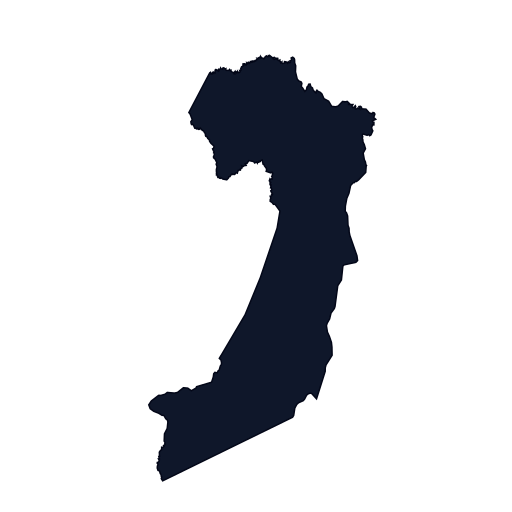 outline of Kaputa, Northern, Zambia, rotated 164°
{"feature_id": "96606910B91372429992286", "entity_name": "Kaputa", "entity_type": "district", "adm_level": 2, "iso_a3": "ZMB", "parent_name": "Zambia", "parent_adm1": "Northern", "projection": "equal_earth", "projection_center": [29.552, -8.814], "detail": "fine", "context": "isolated", "style": "filled", "palette": "ink", "viewbox_px": 512, "rotation_deg": 164, "n_neighbors": 0, "source": "geoboundaries", "source_scale": "gbopen_adm2", "svg_char_len": 6141}
<svg xmlns="http://www.w3.org/2000/svg" viewBox="0 0 512 512"><g transform="rotate(164 256 256)"><path d="M102.9,361.0L104.0,361.7L104.9,360.8L107.5,362.1L109.8,366.9L113.8,368.3L113.6,370.0L114.3,371.1L115.9,371.3L115.7,368.6L117.4,370.2L119.1,369.6L119.9,369.9L120.1,370.9L119.0,371.9L119.1,373.1L121.4,371.8L122.2,372.0L122.5,373.6L121.1,374.9L125.3,376.1L125.2,376.6L124.1,376.7L125.7,379.5L129.2,379.7L128.5,380.0L130.2,380.7L135.7,377.5L138.3,377.5L142.0,379.0L143.5,384.8L147.3,388.5L148.0,393.7L149.1,395.6L151.0,397.2L151.7,398.6L152.9,397.6L153.4,396.3L154.2,397.0L155.4,400.1L155.4,402.0L156.6,403.6L156.6,406.4L158.0,406.6L159.2,405.0L160.4,404.4L161.7,401.9L163.7,400.7L165.0,405.0L165.8,406.4L164.3,409.3L164.6,410.9L166.6,412.5L167.6,414.7L167.3,422.1L165.4,427.9L165.6,430.9L164.8,434.0L164.8,435.4L165.9,437.0L167.6,436.7L167.8,434.9L168.4,434.2L169.7,434.2L169.7,432.6L171.0,432.7L171.4,433.7L172.6,432.6L173.0,433.9L174.5,433.7L174.1,434.6L175.0,435.0L175.7,433.5L177.6,433.8L178.0,434.2L177.6,435.5L179.0,434.9L179.0,436.3L179.5,436.7L179.1,437.8L180.2,437.6L181.0,438.5L180.6,440.0L181.5,440.4L182.2,439.7L183.1,441.2L183.6,440.0L184.4,439.9L185.2,440.9L184.4,441.9L185.5,442.0L187.3,444.6L188.2,444.4L188.2,444.9L188.7,444.5L189.0,445.0L189.4,444.4L190.2,444.5L190.8,445.5L192.1,445.1L193.7,443.4L194.4,443.5L194.8,444.4L195.8,444.4L196.3,445.8L196.7,445.3L196.8,446.4L197.4,445.5L197.8,446.0L199.0,445.8L199.2,445.0L200.3,445.6L200.1,445.0L200.7,444.5L201.4,444.8L202.6,443.6L203.3,444.1L204.1,443.3L205.0,443.5L204.9,444.2L205.9,444.5L206.4,444.4L206.5,443.6L207.5,444.3L207.6,443.6L208.4,443.9L208.7,443.4L209.4,443.9L209.6,443.4L210.1,444.3L210.9,443.6L211.3,444.0L211.2,443.3L211.8,443.5L211.7,442.9L212.6,442.9L212.7,442.4L213.6,442.7L213.7,443.9L214.2,444.0L214.4,443.3L215.0,443.9L215.3,443.1L215.7,443.7L216.3,442.0L217.7,441.9L218.0,441.0L218.6,440.9L219.2,439.9L219.0,439.0L219.9,438.3L220.5,438.7L220.5,437.5L221.2,437.0L222.2,437.1L222.7,438.3L222.9,437.5L223.5,438.0L223.5,437.5L224.2,437.3L224.6,438.7L225.1,437.7L225.1,438.8L225.5,439.1L226.0,438.3L226.1,436.9L227.1,437.4L226.9,438.6L228.0,439.0L229.0,440.6L228.9,441.4L229.6,441.1L230.0,442.6L231.0,441.9L233.3,442.6L233.8,443.5L233.4,444.3L234.0,444.2L235.1,445.8L236.1,445.8L236.6,444.7L237.9,445.5L238.2,446.4L238.6,445.6L240.4,445.6L240.3,444.3L241.1,444.1L241.0,445.2L241.5,444.7L241.6,445.3L242.8,445.4L242.8,446.1L243.3,446.4L244.0,446.0L245.0,443.3L246.2,444.5L246.5,443.4L247.3,444.2L247.9,443.7L247.9,443.1L249.0,443.2L249.1,445.1L250.0,444.8L281.0,412.4L280.2,410.5L279.7,404.6L281.6,403.1L281.9,400.8L281.4,399.9L280.7,400.2L280.1,399.4L279.6,395.7L278.9,395.6L278.2,394.6L277.4,395.0L277.3,394.4L276.4,393.7L276.2,394.1L275.4,393.5L275.3,394.2L274.7,393.9L274.2,394.3L272.9,391.4L271.9,390.9L271.5,388.7L270.8,387.4L271.3,386.5L271.3,385.0L270.1,383.8L270.0,382.4L268.8,380.4L269.0,379.1L268.3,376.9L266.0,373.0L267.2,371.2L268.2,371.0L267.9,368.6L267.4,367.9L268.2,367.0L267.9,366.8L268.1,364.8L269.5,363.2L269.7,362.1L268.6,360.4L267.9,356.4L269.0,355.3L268.8,352.5L270.2,350.2L270.8,348.1L270.8,346.8L271.2,346.6L271.5,345.3L271.1,345.5L271.1,343.4L270.6,342.9L270.9,342.2L270.4,342.2L269.7,340.9L268.6,340.4L268.0,341.0L266.7,339.1L263.1,337.3L260.9,338.6L260.4,339.6L259.2,339.5L257.4,341.1L256.4,340.9L256.2,341.5L254.6,340.3L253.4,340.6L253.2,341.2L251.7,341.3L251.1,340.8L249.8,343.1L249.1,342.9L248.2,343.5L246.9,342.5L247.2,343.1L246.8,344.2L245.2,344.5L244.9,345.1L244.9,346.7L243.5,345.6L242.5,346.1L240.5,345.8L240.8,347.7L239.1,347.5L236.6,349.7L232.2,347.4L231.7,345.8L229.4,346.1L229.1,344.9L228.6,345.6L227.4,345.3L227.0,346.2L225.8,345.7L225.6,346.3L223.6,346.6L223.9,342.3L223.1,341.9L223.1,340.6L221.9,337.3L222.1,335.8L222.9,334.6L219.2,332.0L218.4,332.3L218.4,331.8L217.3,331.9L217.0,330.9L218.3,329.0L218.2,328.6L219.0,328.1L218.7,326.7L219.3,325.6L219.6,326.0L221.2,325.6L221.4,326.2L222.5,324.6L222.0,323.6L222.3,322.6L221.9,322.5L222.5,322.0L222.4,321.3L222.8,320.9L222.6,320.1L221.9,319.9L223.2,317.5L222.5,317.2L222.5,315.9L223.1,314.6L223.8,314.6L223.8,313.5L223.0,312.1L223.9,311.0L223.2,310.7L224.5,309.5L225.9,309.6L225.8,307.4L226.7,306.5L227.3,304.7L225.8,303.0L225.0,300.9L223.4,300.4L220.6,292.6L228.0,277.0L257.8,234.0L282.7,202.5L317.1,169.9L317.3,170.3L317.3,169.8L319.5,167.7L318.3,165.6L318.6,162.7L319.3,161.1L320.6,160.1L322.9,156.4L323.9,156.2L325.5,154.4L327.6,155.5L329.1,154.5L330.4,151.5L333.5,146.9L349.1,146.8L350.1,145.6L355.3,144.3L358.0,147.8L362.1,149.4L369.0,146.5L372.1,146.7L378.9,149.3L381.5,148.2L385.8,148.2L388.0,148.9L396.6,145.5L400.1,142.5L399.8,138.4L397.1,134.9L392.9,131.7L390.2,128.7L388.9,128.4L388.3,127.5L387.6,124.4L386.5,123.0L386.4,120.9L388.9,114.7L393.0,110.3L395.3,103.4L394.8,101.7L395.4,100.8L395.4,99.8L397.1,99.3L396.9,98.3L398.0,97.7L399.4,98.2L400.2,95.7L401.3,95.5L403.0,94.1L404.0,90.0L404.7,90.1L404.8,87.7L405.7,87.9L405.4,85.8L406.9,84.5L407.7,84.8L408.1,84.2L407.6,82.4L408.7,81.3L409.4,79.4L409.3,76.9L408.0,76.0L408.0,73.2L407.5,72.1L407.8,70.1L407.5,69.5L408.4,68.1L407.7,65.6L265.3,90.9L263.7,92.4L260.6,99.1L257.7,102.1L255.5,103.2L250.5,103.9L248.8,105.0L245.7,108.3L243.5,109.2L241.3,109.1L240.4,108.5L237.2,102.0L221.3,126.0L220.2,129.5L218.7,132.0L210.2,139.6L208.1,147.5L207.3,152.2L207.6,158.4L208.3,163.2L207.5,169.6L206.1,171.8L202.6,175.2L199.6,180.5L195.2,183.9L194.0,185.6L185.6,204.9L180.5,209.4L175.3,222.3L173.9,223.2L161.7,222.4L159.6,223.6L158.9,228.4L160.1,249.9L159.8,253.5L158.9,257.1L159.1,260.1L156.9,269.2L157.1,272.5L157.9,274.4L156.3,279.4L152.8,286.4L149.4,290.6L145.6,297.7L142.3,299.7L141.4,299.4L139.9,300.3L138.9,299.9L136.4,300.9L127.5,306.1L125.3,312.1L124.8,312.5L125.2,313.5L124.9,316.2L125.3,318.8L124.6,325.4L121.2,328.9L121.2,333.3L121.7,336.1L121.2,338.8L121.4,340.0L120.5,341.1L120.7,342.1L120.2,343.3L119.5,343.8L115.9,341.4L114.3,341.7L113.6,340.3L112.1,340.7L109.2,344.1L109.6,345.8L109.2,348.5L108.5,348.8L108.0,349.9L107.6,349.6L107.2,350.2L106.5,349.7L105.8,352.0L106.9,352.5L106.9,353.8L103.2,354.4L104.7,356.7L102.6,359.6L102.9,361.0Z" fill="#0f172a" stroke="#020617" stroke-width="1.5"/></g></svg>